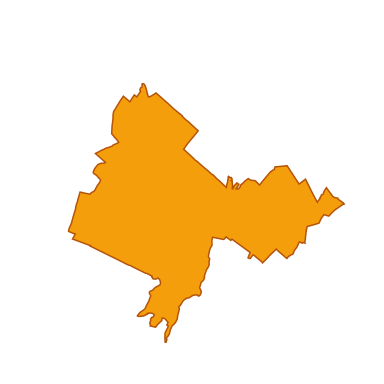 Blandesti, Botosani, Romania, rotated 61°
{"feature_id": "2599482B7385527866395", "entity_name": "Blandesti", "entity_type": "district", "adm_level": 2, "iso_a3": "ROU", "parent_name": "Romania", "parent_adm1": "Botosani", "projection": "albers", "projection_center": [26.9, 47.712], "detail": "fine", "context": "isolated", "style": "filled", "palette": "amber", "viewbox_px": 384, "rotation_deg": 61, "n_neighbors": 0, "source": "geoboundaries", "source_scale": "gbopen_adm2", "svg_char_len": 6064}
<svg xmlns="http://www.w3.org/2000/svg" viewBox="0 0 384 384"><g transform="rotate(61 192 192)"><path d="M175.2,319.3L189.7,306.8L189.9,307.3L220.5,286.1L221.1,285.8L224.8,283.2L226.6,281.4L228.1,280.6L240.8,271.8L241.4,270.9L242.1,270.5L243.3,269.6L244.8,268.8L245.5,268.1L246.2,267.7L246.5,268.2L246.9,268.4L247.9,268.1L248.5,268.2L249.2,268.1L250.4,266.3L250.7,265.4L250.8,263.9L251.0,263.3L253.0,262.8L255.0,263.1L256.0,263.5L257.4,264.5L257.7,265.3L257.7,270.1L257.9,271.2L258.7,274.1L258.7,275.4L258.5,276.6L258.8,277.7L260.0,278.4L260.4,278.5L262.3,278.3L262.9,278.5L265.4,281.6L266.0,282.0L269.9,287.9L270.6,288.5L271.3,289.9L271.8,291.9L272.0,294.9L272.3,296.3L273.4,299.1L273.8,299.7L274.0,299.9L274.7,299.2L275.5,297.9L276.2,296.4L276.6,294.9L276.9,294.7L277.0,294.4L277.1,292.0L277.1,291.7L276.8,291.4L277.0,291.0L276.9,290.7L277.2,290.3L277.1,289.9L276.7,289.6L277.0,289.3L277.2,288.8L277.2,288.4L277.0,288.2L277.1,287.9L278.3,286.2L279.2,285.3L280.1,284.8L280.6,284.5L280.9,284.5L281.6,285.0L281.7,285.5L282.6,286.9L282.6,287.3L282.1,288.0L282.2,288.4L282.6,289.1L283.2,289.8L283.9,290.4L284.6,290.5L285.7,292.0L286.5,292.6L287.0,292.8L287.4,292.6L288.2,292.6L288.9,293.5L292.6,289.4L291.2,286.2L289.9,281.4L290.0,280.9L288.1,279.5L287.8,279.0L288.4,278.3L289.6,277.3L290.2,277.0L291.9,276.6L294.5,276.2L296.1,278.5L297.3,277.7L298.7,278.7L301.8,283.4L302.4,284.0L306.2,286.3L310.4,288.3L310.8,287.5L308.8,285.4L308.5,285.3L307.4,285.3L307.0,284.7L306.6,283.2L305.5,281.2L305.0,280.5L302.1,277.8L299.7,274.6L299.3,274.0L299.2,273.6L299.2,272.7L299.1,272.3L298.6,271.2L298.2,269.8L296.1,266.7L295.5,266.1L293.0,264.3L288.4,259.9L285.8,259.0L285.5,257.8L285.6,257.3L284.5,255.3L283.7,254.1L283.1,252.9L282.8,251.9L282.6,251.4L282.3,250.3L282.5,249.3L282.2,248.7L282.3,248.0L283.1,246.0L283.1,245.5L283.0,244.5L282.9,241.4L283.7,238.8L284.6,237.4L285.2,237.3L286.4,236.5L286.0,235.1L286.1,234.7L284.7,233.1L283.6,232.1L281.6,231.8L279.9,231.9L279.3,231.6L278.6,231.1L278.0,230.2L275.5,227.9L275.2,226.8L275.0,225.6L274.4,224.3L273.3,223.0L272.4,222.1L271.7,222.2L269.3,219.5L267.4,217.5L265.1,213.5L263.7,212.1L261.4,211.0L259.7,209.5L259.1,208.9L257.1,209.1L256.2,208.9L251.0,204.4L249.4,202.3L249.0,201.3L248.0,200.1L245.0,198.7L243.9,198.0L241.6,195.9L248.8,187.4L248.8,186.7L248.5,185.5L247.7,184.0L253.2,181.5L252.7,180.6L252.6,179.9L272.6,170.7L273.0,170.4L275.3,173.3L276.7,174.9L277.9,174.1L278.4,173.4L278.4,173.2L277.2,170.6L276.8,169.6L276.9,168.7L286.7,164.9L288.2,164.7L286.3,158.0L285.1,154.6L283.6,148.9L282.7,146.0L284.5,145.6L296.1,141.3L296.0,140.7L295.6,140.3L295.4,139.7L295.4,138.5L295.0,138.1L294.9,137.8L295.1,137.1L295.0,136.7L295.2,133.9L295.0,133.4L293.1,131.2L291.8,128.8L291.4,127.5L287.7,122.3L290.3,120.2L290.0,119.3L291.4,117.9L290.7,117.8L288.4,115.9L287.5,115.2L286.6,114.8L285.8,114.1L282.9,112.1L281.7,111.1L281.0,110.6L280.8,110.7L280.4,110.5L279.9,109.5L278.1,108.3L278.0,108.1L279.7,101.2L280.7,96.6L280.7,95.7L279.1,93.7L277.5,91.3L275.8,87.6L279.4,84.0L278.0,79.7L276.9,75.2L276.5,70.8L276.4,70.4L276.4,69.3L276.2,68.5L276.1,65.7L276.3,64.7L275.9,64.7L275.2,65.1L274.6,65.0L274.2,65.8L273.1,65.7L269.3,67.7L268.1,67.4L266.9,68.9L266.0,69.9L264.5,70.9L263.0,71.2L262.3,71.2L253.4,72.4L255.3,75.9L257.5,78.6L257.6,79.4L257.3,79.8L257.4,80.4L258.3,81.4L259.2,83.1L259.7,83.0L260.7,85.6L261.7,87.4L251.0,87.2L235.8,86.5L237.0,94.5L215.1,96.1L210.3,107.3L212.2,109.1L212.1,110.4L212.1,111.4L212.6,113.1L212.3,113.4L216.9,125.4L218.7,129.5L214.2,130.9L213.7,130.8L213.2,131.0L212.0,132.2L210.5,134.5L209.9,135.1L207.6,136.2L207.7,138.2L208.0,139.4L208.1,140.7L208.7,142.1L208.9,143.1L209.3,144.2L209.3,144.6L209.1,144.9L209.2,145.4L209.9,146.6L210.9,147.3L211.1,147.9L211.0,148.3L211.7,149.4L211.8,150.2L210.6,151.9L208.2,147.4L207.9,147.2L206.7,148.2L206.3,148.0L206.0,148.2L205.8,148.6L206.3,149.5L206.3,150.3L206.6,151.0L207.6,152.8L208.4,154.0L209.1,154.7L208.7,155.1L208.4,155.2L206.9,153.9L206.0,153.3L205.6,153.4L204.7,152.8L203.9,152.5L203.4,152.2L203.0,152.0L202.5,152.1L202.3,151.8L201.7,151.4L201.4,151.4L201.1,151.8L201.1,151.4L200.8,151.1L199.9,150.6L198.4,150.6L198.2,150.8L198.3,151.2L197.8,151.9L197.1,152.2L196.5,152.2L196.0,152.4L196.0,152.6L196.3,153.0L196.7,153.3L197.8,153.8L198.9,155.0L199.9,155.5L202.6,158.1L204.2,159.3L204.7,159.8L197.6,162.0L195.0,162.8L194.3,163.2L193.8,163.3L192.3,163.9L187.4,165.2L185.6,166.3L180.7,167.9L177.8,169.1L176.9,169.4L175.8,169.9L168.0,172.6L166.6,173.2L165.9,173.7L165.4,173.8L160.0,175.4L150.6,178.6L147.7,172.6L146.7,170.2L142.9,160.3L141.4,156.9L138.1,158.1L128.8,161.1L127.9,161.4L127.3,161.9L122.9,163.3L121.4,163.8L120.8,163.5L120.1,163.9L119.3,164.1L117.4,164.8L117.4,165.1L117.2,165.2L116.9,165.2L115.1,165.8L109.2,168.1L104.9,169.4L96.8,172.3L92.4,173.8L87.9,175.5L88.1,177.0L88.3,181.9L87.8,183.9L86.8,183.9L82.5,182.9L80.6,182.3L77.5,181.6L77.2,181.7L76.6,181.5L74.9,181.5L74.4,181.6L73.7,182.1L73.6,182.4L73.2,183.0L73.4,183.3L74.4,183.8L75.8,184.8L76.0,185.1L76.0,186.5L76.6,187.1L76.9,187.7L77.7,188.0L77.9,187.9L78.5,188.3L79.0,188.2L81.0,192.1L82.0,194.2L79.1,195.4L83.0,202.6L74.9,205.6L78.0,211.6L79.1,213.4L80.2,215.5L82.2,218.9L83.5,221.4L85.9,223.4L90.2,226.0L95.5,229.9L100.3,232.9L102.3,234.0L104.5,233.5L105.7,233.4L109.8,232.4L112.9,232.0L113.1,232.8L113.1,233.6L112.7,238.5L113.1,239.5L113.0,241.0L112.8,242.0L112.7,242.9L112.3,244.3L111.9,246.5L111.9,248.9L111.6,251.0L111.7,252.6L111.5,256.1L111.5,257.8L124.2,253.3L124.3,253.7L124.1,254.9L123.2,256.8L122.6,258.4L122.4,261.1L124.3,265.7L126.4,268.4L126.8,268.8L127.4,269.0L128.9,268.7L130.3,267.8L132.1,267.2L134.3,266.8L136.2,266.3L137.4,266.3L137.8,266.7L138.7,268.0L139.4,269.3L140.3,271.4L141.4,273.2L142.9,275.4L143.8,277.1L143.8,280.4L144.0,281.2L144.4,282.4L140.9,286.5L138.1,289.5L137.8,290.0L138.8,290.9L143.4,295.6L144.9,296.9L147.0,299.3L148.8,301.0L150.1,301.9L152.0,303.7L154.3,306.2L160.2,312.0L161.5,313.3L162.9,315.4L164.1,316.8L165.8,318.6L166.5,319.0L167.0,318.8L170.9,315.7L172.1,314.4L175.2,319.3Z" fill="#f59e0b" stroke="#b45309" stroke-width="1.5"/></g></svg>